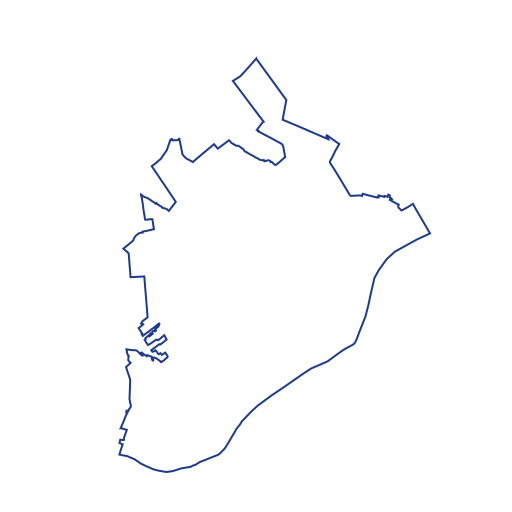 Topalu, Constanta, Romania, rotated 258°
{"feature_id": "2599482B85456823003840", "entity_name": "Topalu", "entity_type": "district", "adm_level": 2, "iso_a3": "ROU", "parent_name": "Romania", "parent_adm1": "Constanta", "projection": "natural_earth1", "projection_center": [28.102, 44.537], "detail": "fine", "context": "isolated", "style": "outline", "palette": "blue", "viewbox_px": 512, "rotation_deg": 258, "n_neighbors": 0, "source": "geoboundaries", "source_scale": "gbopen_adm2", "svg_char_len": 5869}
<svg xmlns="http://www.w3.org/2000/svg" viewBox="0 0 512 512"><g transform="rotate(258 256 256)"><path d="M241.9,430.9L254.5,426.8L263.5,423.8L271.1,421.3L274.4,420.4L272.2,414.5L270.2,407.9L273.8,405.4L275.2,405.4L276.4,406.3L283.0,398.6L284.1,399.2L283.6,400.6L284.4,400.3L285.4,398.9L287.5,399.5L288.5,398.2L286.6,396.8L288.1,394.1L287.2,393.7L289.8,388.5L287.9,388.2L288.4,386.8L288.0,386.6L294.6,373.3L292.9,372.4L292.7,372.3L293.2,371.4L293.5,370.7L294.0,368.2L294.6,364.5L295.0,361.5L295.5,360.8L296.7,360.2L314.0,354.3L325.6,350.2L330.8,348.1L332.3,347.7L333.5,348.3L337.7,351.9L342.1,355.2L348.2,360.7L359.3,350.5L358.7,349.8L356.9,350.5L355.5,351.0L355.1,351.1L355.2,350.9L365.3,336.7L375.1,322.9L383.0,311.5L383.8,310.4L402.4,318.1L402.5,318.0L428.5,306.4L448.8,297.3L449.1,297.3L439.4,284.2L435.2,278.3L432.0,269.8L431.7,270.0L404.9,282.4L385.9,291.3L385.7,291.4L385.5,290.4L379.1,283.0L377.9,284.5L377.4,284.1L369.6,293.6L361.1,303.6L360.0,304.6L359.1,305.0L358.1,305.3L357.4,305.4L353.6,305.3L349.6,305.2L346.5,305.0L346.5,304.7L342.9,298.3L341.1,294.9L341.0,294.2L341.1,293.9L341.3,293.4L344.4,291.2L344.8,290.9L344.8,289.8L345.3,289.8L346.1,289.5L346.5,289.2L346.7,288.8L347.1,287.8L347.2,287.5L347.1,286.7L346.8,285.8L346.8,285.3L347.3,284.5L348.0,283.8L347.6,283.6L347.8,283.5L348.5,281.7L349.2,280.1L350.1,278.8L351.2,277.9L351.6,277.1L351.9,276.8L353.0,275.5L353.7,275.0L356.1,272.0L357.9,270.0L358.8,269.0L359.4,268.6L359.9,267.7L360.5,267.0L360.7,266.8L361.7,266.5L362.9,265.9L363.6,265.4L364.3,264.7L364.9,264.1L366.2,263.0L366.6,262.6L367.6,261.3L367.9,259.8L368.1,259.2L369.1,258.5L369.6,257.9L370.2,257.0L370.8,256.5L371.8,255.5L372.5,255.0L373.7,254.5L374.8,253.7L369.0,240.9L374.1,238.2L367.5,225.7L361.5,214.5L361.4,214.2L361.0,213.9L366.1,207.9L368.6,206.3L370.8,205.2L386.6,205.4L386.6,204.8L385.6,203.6L386.4,198.8L387.7,198.3L388.1,197.9L387.9,197.5L387.0,196.9L387.3,196.3L378.1,190.8L373.7,186.1L370.8,183.1L370.6,182.9L369.9,181.3L367.7,177.4L366.6,175.1L365.9,173.4L365.5,172.7L361.9,174.2L349.9,179.0L342.6,182.0L325.6,188.8L318.2,180.1L319.8,178.9L320.7,178.2L321.4,176.9L321.6,176.4L322.5,174.8L322.6,174.4L323.0,174.2L323.8,173.9L325.4,172.0L326.7,171.0L327.0,170.5L327.2,170.2L328.4,169.7L327.9,169.0L328.0,168.7L328.8,168.1L329.1,168.0L331.0,166.0L331.6,165.4L332.9,164.3L333.3,163.7L334.1,163.0L334.8,162.4L335.2,162.0L335.3,161.7L336.0,160.7L336.7,159.5L337.5,158.5L337.9,158.1L338.6,157.5L339.1,157.0L339.5,156.8L340.0,156.3L339.5,156.2L339.2,156.3L337.8,156.3L336.9,156.4L329.4,156.0L325.2,155.6L321.4,155.4L318.8,155.3L315.2,155.1L314.7,155.1L314.4,155.7L314.2,156.8L314.0,159.8L313.8,161.5L313.6,162.2L311.9,162.2L303.5,161.7L303.3,155.7L303.4,150.1L302.5,150.0L302.7,147.2L302.6,146.5L302.5,146.0L301.9,144.9L301.0,142.9L299.8,141.5L298.9,140.6L297.7,139.8L297.2,139.4L296.4,138.8L295.4,136.7L293.2,132.6L290.8,127.8L285.1,132.0L261.4,128.9L261.1,130.5L259.2,142.5L248.7,141.1L229.9,138.7L218.6,137.2L215.8,131.3L215.1,130.9L213.9,129.5L213.0,130.5L212.8,131.4L212.6,131.5L212.0,130.5L209.9,126.2L203.8,128.6L203.5,127.9L201.3,128.7L202.1,130.1L202.7,131.5L204.2,134.9L205.1,136.7L205.9,138.2L206.4,139.5L207.1,141.1L210.2,147.1L209.9,147.3L209.5,147.4L208.9,147.1L208.6,146.8L208.2,146.2L207.7,146.1L207.3,145.9L206.3,143.9L205.4,142.2L205.1,142.0L204.9,142.1L204.0,142.8L203.6,142.4L203.4,142.1L203.3,141.6L203.5,140.9L204.1,140.0L202.6,137.7L201.4,138.7L200.7,137.5L200.9,137.4L201.9,136.3L201.2,135.4L200.5,135.8L200.0,135.9L199.6,135.3L199.5,134.7L200.4,134.1L198.8,130.9L197.9,131.1L197.3,129.7L194.3,130.6L191.5,131.8L191.6,132.7L191.9,133.7L193.9,138.5L194.6,140.4L195.0,141.2L194.9,141.6L194.1,142.3L194.1,142.6L194.1,143.0L195.2,145.4L196.1,146.8L197.6,149.8L192.9,151.2L189.3,144.2L189.3,143.9L189.8,143.7L189.8,143.1L189.0,141.4L187.1,137.2L185.8,134.1L185.5,133.9L185.1,134.0L184.1,134.7L183.8,135.0L183.7,135.3L183.8,135.8L184.7,138.0L184.3,138.3L183.4,138.9L181.8,139.5L180.8,139.9L180.4,140.1L180.1,140.4L180.8,142.4L180.7,142.5L180.0,142.8L178.8,143.3L179.4,144.9L180.4,147.1L176.4,148.7L175.4,148.4L175.1,147.9L174.2,146.0L173.8,145.4L173.6,145.2L173.1,144.3L172.7,143.2L172.4,142.5L172.0,141.8L171.9,141.0L172.1,140.8L172.5,140.8L172.9,140.7L174.8,138.8L176.5,137.3L177.0,136.7L177.8,135.5L178.0,134.9L178.1,134.4L175.5,133.9L175.1,133.7L175.2,133.4L175.6,133.0L176.1,132.9L177.2,132.8L178.9,132.9L179.3,132.8L179.6,132.4L180.3,131.0L181.7,129.1L181.7,128.9L180.7,128.3L182.7,126.2L185.3,124.2L185.4,123.7L185.2,123.4L184.9,123.2L184.5,123.4L182.6,124.9L182.1,124.4L182.7,123.6L183.8,122.7L187.5,120.3L188.1,119.8L188.4,119.4L188.7,118.9L189.0,117.9L189.8,114.8L190.2,113.7L191.1,111.5L191.7,109.8L191.4,109.7L190.9,110.0L189.5,109.9L188.9,109.7L188.4,109.6L188.0,109.7L187.1,109.9L185.2,110.2L184.7,110.8L183.9,110.3L180.7,109.4L180.2,109.5L179.4,109.9L177.6,111.1L174.3,105.8L174.2,105.8L162.6,107.1L161.8,107.2L161.1,107.1L159.8,106.9L154.0,105.5L151.9,104.9L147.7,103.9L142.8,102.6L142.1,102.5L141.1,102.5L140.0,102.5L139.4,102.3L137.4,102.5L135.4,102.5L135.1,102.3L133.8,101.6L132.9,100.3L132.7,100.1L130.8,98.8L131.7,97.3L129.9,96.5L129.0,97.4L127.1,95.6L121.9,92.2L115.7,87.8L115.7,88.0L112.8,93.5L106.2,89.4L103.5,88.5L104.5,85.0L101.4,83.6L99.5,86.4L94.9,83.7L90.2,81.1L88.8,84.1L87.0,88.5L82.2,95.2L76.9,100.2L73.1,105.1L68.6,111.4L66.0,116.7L63.4,123.3L62.9,129.4L63.8,139.3L63.7,140.7L63.4,148.6L64.1,150.6L64.3,153.3L66.3,158.5L66.2,158.6L69.5,178.0L71.1,180.8L74.3,185.5L77.5,188.7L91.6,201.6L94.5,205.3L97.1,207.7L100.4,212.5L104.8,219.0L109.3,226.6L116.4,242.3L122.3,256.9L130.5,276.3L134.5,286.5L138.0,304.0L142.0,312.8L146.0,322.0L146.9,324.8L149.0,332.0L149.4,332.9L149.4,333.0L150.4,334.6L153.7,337.2L159.3,340.7L174.1,350.5L185.0,355.9L195.4,360.5L209.9,367.3L216.7,373.2L225.8,383.2L231.4,392.8L238.6,416.5L241.9,430.9Z" fill="none" stroke="#1e3a8a" stroke-width="2"/></g></svg>